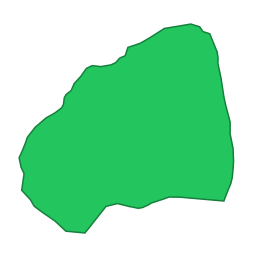 outline of Ouara, Ouaddaï, Chad, rotated 273°
{"feature_id": "50815135B92277339053304", "entity_name": "Ouara", "entity_type": "district", "adm_level": 2, "iso_a3": "TCD", "parent_name": "Chad", "parent_adm1": "Ouaddaï", "projection": "natural_earth1", "projection_center": [20.732, 13.712], "detail": "fine", "context": "isolated", "style": "filled", "palette": "green", "viewbox_px": 256, "rotation_deg": 273, "n_neighbors": 0, "source": "geoboundaries", "source_scale": "gbopen_adm2", "svg_char_len": 1158}
<svg xmlns="http://www.w3.org/2000/svg" viewBox="0 0 256 256"><g transform="rotate(273 128 128)"><path d="M60.1,227.6L60.3,227.6L71.8,231.4L74.8,232.5L78.0,233.6L83.9,234.7L93.4,235.1L99.8,235.2L113.0,234.0L127.5,230.3L139.3,229.7L156.4,224.2L163.8,222.2L182.7,218.3L197.2,214.4L202.2,214.3L208.5,213.1L218.3,208.5L226.4,204.7L228.2,197.8L232.8,194.3L235.1,185.3L229.3,159.1L219.6,145.5L213.3,135.9L208.5,123.7L200.0,121.4L197.5,116.2L192.6,112.2L190.2,107.8L187.9,97.7L188.4,89.0L185.4,83.4L176.9,78.0L171.1,73.2L169.6,71.9L167.3,71.1L162.4,69.3L158.3,64.5L158.1,64.4L157.3,64.0L154.9,62.8L148.1,62.3L144.6,60.6L139.0,53.9L133.9,45.8L123.8,35.2L113.5,28.0L107.2,26.2L99.9,23.7L92.6,20.8L83.1,23.3L76.9,26.6L60.2,25.1L51.2,34.4L45.1,38.3L41.0,44.3L38.0,49.0L33.4,56.5L31.3,59.9L21.8,71.2L21.7,71.4L20.9,90.5L43.5,106.6L47.6,109.5L48.5,110.1L51.7,120.4L52.0,121.3L49.9,132.2L49.5,134.0L49.5,134.8L49.2,137.2L48.6,140.5L48.4,142.8L49.0,145.4L49.5,147.1L50.7,149.3L52.1,152.1L53.3,153.8L54.3,155.3L58.3,165.6L59.3,168.1L59.5,168.6L61.2,172.5L61.6,183.0L61.6,184.2L61.6,184.8L60.1,227.4L60.1,227.6Z" fill="#22c55e" stroke="#15803d" stroke-width="1.5"/></g></svg>